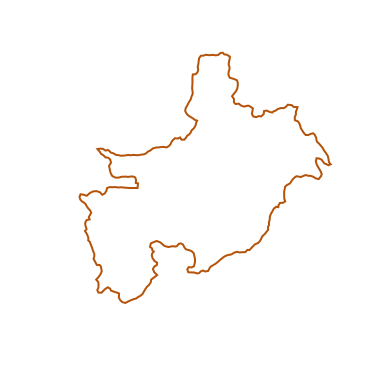 outline of Mascote, Bahia, Brazil, rotated 212°
{"feature_id": "56859067B88966015579039", "entity_name": "Mascote", "entity_type": "district", "adm_level": 2, "iso_a3": "BRA", "parent_name": "Brazil", "parent_adm1": "Bahia", "projection": "orthographic", "projection_center": [-39.412, -15.653], "detail": "fine", "context": "isolated", "style": "outline", "palette": "amber", "viewbox_px": 384, "rotation_deg": 212, "n_neighbors": 0, "source": "geoboundaries", "source_scale": "gbopen_adm2", "svg_char_len": 4930}
<svg xmlns="http://www.w3.org/2000/svg" viewBox="0 0 384 384"><g transform="rotate(212 192 192)"><path d="M235.1,326.9L237.6,325.8L239.7,326.4L241.4,325.1L242.5,322.0L244.4,320.4L246.9,319.4L248.9,317.8L250.7,316.7L252.8,315.9L254.4,313.9L256.7,312.2L256.9,309.4L255.7,306.5L254.4,303.9L253.5,301.1L251.5,299.0L250.8,296.3L251.4,293.8L253.6,292.1L252.4,289.5L250.9,287.1L249.3,284.6L247.9,281.9L246.7,279.8L244.8,277.6L243.4,275.6L243.0,272.7L242.2,270.1L242.2,266.0L241.9,263.2L241.8,259.7L240.7,257.1L238.1,255.5L235.7,254.9L232.8,254.9L229.8,254.9L227.4,254.7L225.5,255.2L225.1,252.9L224.2,250.1L224.2,246.9L225.0,244.0L224.6,241.5L224.9,239.3L225.9,237.2L225.9,234.9L226.2,232.3L228.6,230.8L231.1,231.9L232.2,229.9L234.9,228.6L235.7,226.1L235.9,223.9L235.5,221.2L235.9,218.9L237.1,216.4L240.6,214.9L243.6,212.4L246.1,210.6L248.3,208.2L249.3,205.2L250.8,202.9L251.3,200.7L252.7,198.5L255.4,196.3L257.4,194.5L260.0,193.1L262.0,192.0L263.6,190.5L265.5,189.8L268.0,187.6L271.6,185.0L273.8,184.3L276.2,183.2L279.5,183.1L281.7,182.4L283.8,183.0L285.7,183.1L287.2,181.3L290.3,181.4L292.9,180.1L294.9,178.3L291.6,177.3L289.4,176.2L286.4,176.2L283.8,175.5L281.5,176.6L278.7,176.3L276.2,173.9L276.2,170.2L273.4,167.3L271.0,164.9L268.1,163.3L264.7,163.6L261.8,165.3L259.9,167.5L258.3,168.6L256.1,170.1L254.3,170.8L252.3,172.6L250.0,174.0L247.9,174.3L245.7,172.4L244.5,169.9L242.4,170.7L240.3,166.6L242.4,165.2L244.8,163.7L246.4,162.7L248.8,161.4L251.3,160.1L254.7,158.4L257.0,156.7L259.6,155.6L261.8,154.0L264.6,152.4L266.1,150.4L265.2,147.5L265.2,144.6L266.6,142.1L270.0,143.0L273.3,142.2L276.0,140.3L278.0,137.2L279.3,133.0L282.4,132.3L285.3,131.0L284.8,128.2L282.7,126.4L280.4,125.7L278.0,125.8L275.9,125.4L273.9,124.2L271.3,123.1L268.6,122.4L266.5,121.0L266.3,118.3L266.2,115.9L264.3,114.5L266.5,112.3L266.3,109.3L264.6,107.1L261.7,104.6L262.1,102.2L259.9,101.2L257.4,99.7L255.4,98.0L254.4,96.0L252.1,95.5L249.9,93.8L246.9,91.5L244.3,89.3L242.3,88.0L240.8,85.8L240.0,83.1L237.0,81.4L234.1,79.7L231.7,81.2L229.5,80.4L228.2,78.7L226.6,77.1L226.1,74.8L226.0,72.1L226.3,69.7L226.8,66.9L224.0,66.1L222.3,64.1L220.7,61.4L220.3,58.6L218.1,57.1L215.4,58.6L214.9,60.7L214.5,62.9L213.0,66.5L210.4,66.7L208.5,65.5L205.7,66.0L202.8,66.8L200.0,67.3L198.2,63.8L195.7,62.3L192.8,61.7L189.8,62.5L188.2,65.2L186.5,67.8L184.8,70.1L182.9,72.1L182.1,74.3L180.8,76.5L179.9,79.2L180.0,81.6L180.1,85.0L180.0,87.7L179.2,90.5L179.1,93.5L180.2,96.1L179.0,99.2L177.5,103.1L181.4,103.9L184.3,105.9L184.5,108.6L183.1,111.6L184.2,113.6L187.3,113.6L190.6,115.1L192.7,117.2L193.2,119.2L192.8,121.2L194.7,121.5L196.0,123.0L198.5,123.2L199.7,126.6L197.8,129.4L195.9,131.8L191.9,132.5L189.4,132.0L186.5,131.7L182.9,132.8L179.8,135.7L177.6,136.7L176.1,138.0L175.8,140.7L174.5,142.4L171.9,142.7L168.9,140.9L166.8,140.2L164.9,140.7L163.1,141.3L160.6,141.6L158.1,141.0L156.6,139.4L155.2,138.1L153.5,136.2L152.2,133.8L151.0,130.0L152.5,127.8L155.0,126.5L155.0,123.8L152.5,122.0L149.7,123.6L147.5,124.9L144.4,125.7L143.0,127.1L142.5,129.4L141.0,131.3L138.6,131.6L136.5,133.6L136.7,136.3L136.7,138.5L135.5,140.7L133.8,144.1L132.9,146.8L132.2,149.3L131.2,152.1L130.5,154.1L129.0,156.6L127.4,158.2L125.4,160.1L124.1,162.9L122.1,165.2L119.7,165.9L117.4,167.6L114.9,169.3L114.4,172.2L112.5,173.3L111.8,176.9L110.9,180.9L108.9,183.8L108.4,186.7L108.6,189.5L108.9,191.5L108.0,195.2L107.7,197.9L107.4,200.5L109.1,202.6L109.2,204.8L110.7,207.1L111.6,210.1L113.0,212.5L113.5,215.4L113.6,218.4L113.8,221.3L112.8,224.1L110.8,224.9L111.6,226.8L111.6,229.3L109.0,231.2L108.0,233.5L110.2,235.2L112.2,238.2L114.0,241.0L114.8,243.4L115.9,245.7L115.2,248.1L113.5,251.1L113.4,253.6L113.2,256.7L112.6,258.9L111.8,260.7L109.6,261.6L107.6,262.4L105.9,264.9L104.5,266.7L102.4,267.2L99.8,268.6L97.4,269.2L94.4,269.1L91.4,270.1L91.0,273.6L91.4,275.8L93.2,277.3L95.4,278.5L97.9,279.8L100.4,281.1L103.2,283.6L104.3,286.6L102.1,287.7L99.3,288.1L97.4,287.4L95.1,286.4L92.6,286.8L90.5,287.0L89.1,289.0L91.2,289.6L92.6,290.9L94.1,292.8L96.1,294.6L99.2,296.1L102.1,297.2L104.5,298.6L107.5,299.6L110.4,300.5L112.3,300.7L114.0,302.0L115.5,303.9L118.5,305.7L120.4,306.0L122.2,304.1L123.5,302.0L125.8,300.6L128.1,301.2L130.3,302.2L133.4,303.7L135.8,305.9L137.8,307.3L139.8,308.0L142.8,307.4L144.6,310.0L144.9,312.7L146.4,315.0L146.9,317.8L147.5,319.9L150.7,318.0L153.4,318.5L157.0,316.8L157.6,313.5L158.7,311.7L161.2,310.2L163.3,307.7L164.2,305.3L165.5,303.7L166.1,301.9L168.8,301.0L171.8,300.6L173.8,298.9L172.5,296.1L173.4,292.7L175.6,291.8L177.1,289.6L180.0,288.5L182.6,290.0L183.4,292.1L184.7,295.2L187.4,295.3L189.5,295.3L191.1,294.2L192.6,292.4L194.5,291.6L196.6,291.3L199.1,291.7L201.7,289.7L204.0,290.3L205.7,293.1L208.8,294.5L208.5,297.6L208.1,300.5L208.4,303.6L209.5,306.3L210.9,308.7L213.0,310.6L215.6,310.2L217.8,309.7L220.6,308.9L223.4,310.9L224.8,313.8L225.1,315.7L226.2,317.6L228.5,319.6L229.8,322.4L230.4,324.4L231.6,326.9L235.1,326.9Z" fill="none" stroke="#b45309" stroke-width="2"/></g></svg>